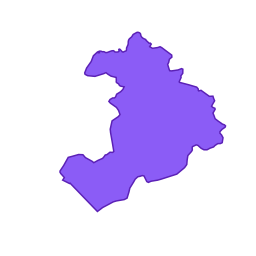 map outline of Ségou (Robinson projection), rotated 226°
{"feature_id": "MLI-2810", "entity_name": "Ségou", "entity_type": "Region", "adm_level": 1, "iso_a3": "MLI", "parent_name": "Mali", "parent_adm1": "", "projection": "robinson", "projection_center": [-5.293, 14.054], "detail": "fine", "context": "isolated", "style": "filled", "palette": "violet", "viewbox_px": 256, "rotation_deg": 226, "n_neighbors": 0, "source": "natural_earth", "source_scale": "10m", "svg_char_len": 2838}
<svg xmlns="http://www.w3.org/2000/svg" viewBox="0 0 256 256"><g transform="rotate(226 128 128)"><path d="M203.6,159.4L203.4,159.0L203.2,158.8L202.8,158.8L202.7,159.0L202.0,159.8L202.3,160.1L202.9,160.1L203.3,160.4L203.1,160.9L202.4,161.6L201.7,162.1L201.2,162.3L200.6,162.6L199.8,163.5L199.4,163.8L198.1,164.2L197.7,164.4L196.9,165.3L196.4,166.3L195.5,168.5L194.8,169.9L193.9,171.1L193.3,171.4L192.9,171.4L192.4,171.3L191.9,171.4L191.2,171.9L190.3,172.8L189.6,173.8L189.4,174.6L189.7,175.2L190.8,175.8L190.9,176.3L190.5,176.8L190.0,176.9L186.9,176.8L186.0,177.2L185.4,179.0L185.1,179.5L184.9,179.9L184.9,180.6L185.2,181.1L186.6,182.6L187.9,185.8L188.5,186.7L189.9,188.1L190.8,189.4L191.2,190.9L191.0,194.0L191.7,196.6L191.6,197.2L190.6,200.8L190.1,201.5L189.4,202.0L188.5,202.4L187.5,202.5L186.8,202.3L185.5,201.4L184.0,201.0L182.4,201.1L180.8,201.6L179.4,202.2L178.6,202.0L178.5,201.9L174.3,202.1L173.5,203.0L172.2,203.0L171.4,200.1L168.3,201.0L165.2,205.3L164.2,207.5L162.4,208.1L156.1,209.1L150.1,210.1L148.5,208.8L148.7,205.5L146.9,202.8L146.2,200.7L141.1,198.1L140.2,197.8L138.8,199.0L135.0,204.3L133.5,207.8L132.2,208.3L129.3,205.4L128.8,202.3L127.4,201.2L125.8,197.1L125.1,196.7L117.1,201.6L109.7,205.8L107.5,205.7L106.0,204.6L105.5,204.7L104.4,206.7L94.3,208.5L91.9,211.2L89.5,210.0L87.4,209.2L86.4,205.6L85.6,203.2L84.0,203.3L81.8,204.2L80.9,203.6L79.7,199.5L76.3,198.1L74.2,197.1L70.7,197.6L65.3,198.6L63.2,199.6L61.7,199.6L61.1,198.3L61.7,194.8L61.5,191.6L60.4,190.5L58.1,190.5L55.0,189.6L52.7,186.5L52.0,185.6L52.6,183.7L54.4,181.7L55.0,178.4L54.9,176.4L56.5,173.0L57.4,169.8L59.6,167.5L62.5,166.5L67.0,166.2L68.5,165.3L69.8,161.4L69.2,160.4L67.5,159.0L67.0,157.4L66.6,151.9L63.8,148.2L60.9,144.9L60.2,141.2L60.9,131.1L68.2,116.3L69.9,113.1L73.7,107.6L74.7,104.9L76.4,104.3L82.4,106.2L83.9,105.2L84.9,103.1L86.1,101.2L86.2,97.6L85.2,94.3L83.5,87.6L81.2,84.0L78.2,78.6L79.1,75.6L83.6,69.0L85.1,66.1L88.4,54.6L89.2,48.0L94.0,48.0L100.5,48.0L104.2,48.0L107.7,48.0L111.0,48.0L114.1,48.0L120.6,48.0L128.2,48.0L128.3,48.0L128.5,48.0L128.5,47.9L128.5,47.7L128.6,47.4L135.9,44.8L136.6,47.8L141.9,48.0L143.5,48.4L144.3,49.3L145.7,55.7L148.4,64.6L146.7,67.6L143.2,74.1L140.1,77.0L136.3,76.8L128.8,79.1L126.8,79.3L125.5,84.1L123.8,88.6L124.0,91.0L124.4,92.9L123.5,94.3L123.1,98.2L121.1,100.0L121.0,101.5L128.4,106.6L136.7,112.2L139.5,114.4L144.2,121.5L142.9,129.0L143.2,131.6L147.2,133.4L150.8,134.0L158.2,132.6L160.4,132.7L161.0,134.9L160.3,137.8L159.0,139.2L159.0,140.7L160.2,143.3L159.2,148.0L159.3,151.2L160.3,153.8L163.2,151.8L164.5,151.4L166.2,151.9L168.7,151.3L169.4,151.6L170.6,152.9L172.6,154.6L177.1,151.8L180.7,150.9L183.1,150.6L184.0,148.2L188.1,140.1L193.7,135.3L196.4,134.4L197.7,135.1L199.9,139.9L201.4,147.7L204.0,153.3L203.9,158.6L203.9,158.9L203.6,159.4Z" fill="#8b5cf6" stroke="#5b21b6" stroke-width="1.5"/></g></svg>